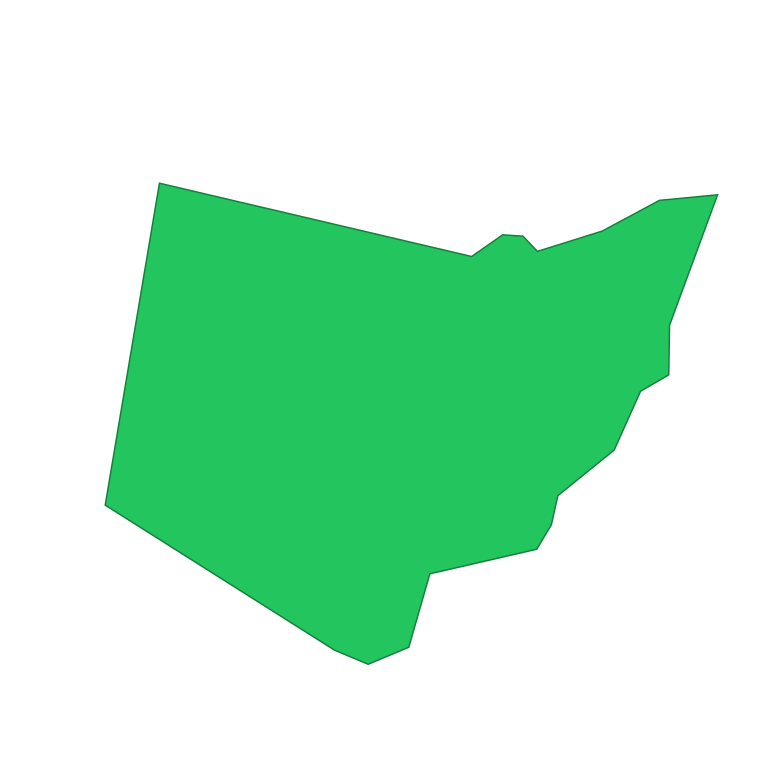 Muntinlupa, Natural Earth projection, rotated 196°
{"feature_id": "PHL-5557", "entity_name": "Muntinlupa", "entity_type": "Highly Urbanized City", "adm_level": 1, "iso_a3": "PHL", "parent_name": "Philippines", "parent_adm1": "", "projection": "natural_earth1", "projection_center": [121.049, 14.415], "detail": "fine", "context": "isolated", "style": "filled", "palette": "green", "viewbox_px": 768, "rotation_deg": 196, "n_neighbors": 0, "source": "natural_earth", "source_scale": "10m", "svg_char_len": 423}
<svg xmlns="http://www.w3.org/2000/svg" viewBox="0 0 768 768"><g transform="rotate(196 384 384)"><path d="M115.5,657.8L125.7,519.2L112.8,471.3L135.4,447.7L144.5,384.0L186.1,324.6L184.3,294.9L191.6,267.3L287.6,214.2L287.6,137.8L322.0,110.2L358.2,114.5L618.6,190.7L655.2,515.1L334.9,530.7L311.1,560.1L291.2,564.4L273.1,553.8L216.5,591.1L169.8,636.5L115.5,657.8Z" fill="#22c55e" stroke="#15803d" stroke-width="1.5"/></g></svg>